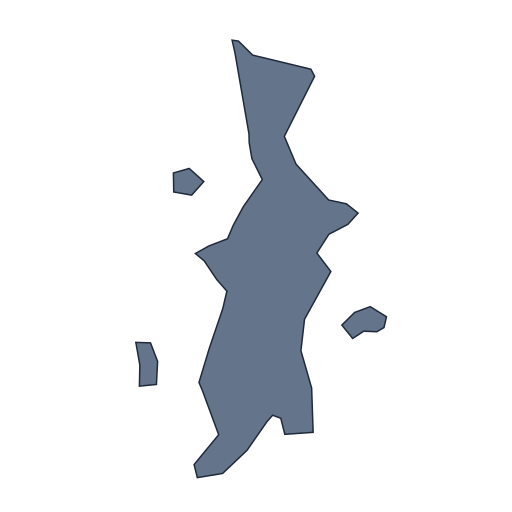 St. Thomas, United States Virgin Islands, United States of America (Mercator projection), rotated 86°
{"feature_id": "52423323B95364314409049", "entity_name": "St. Thomas", "entity_type": "district", "adm_level": 2, "iso_a3": "USA", "parent_name": "United States of America", "parent_adm1": "United States Virgin Islands", "projection": "mercator", "projection_center": [-64.939, 18.341], "detail": "fine", "context": "isolated", "style": "filled", "palette": "slate", "viewbox_px": 512, "rotation_deg": 86, "n_neighbors": 0, "source": "geoboundaries", "source_scale": "gbopen_adm2", "svg_char_len": 971}
<svg xmlns="http://www.w3.org/2000/svg" viewBox="0 0 512 512"><g transform="rotate(86 256 256)"><path d="M435.9,211.3L391.6,209.7L353.6,217.8L322.5,212.0L276.7,182.4L257.3,195.1L239.4,181.8L230.8,162.1L220.3,151.2L210.3,162.1L205.2,179.6L167.1,209.7L138.6,219.4L80.8,185.0L73.5,188.2L55.4,245.3L40.4,258.5L39.0,264.8L52.0,262.8L133.8,254.5L142.4,254.9L158.6,253.3L180.2,244.4L205.9,265.2L223.7,276.5L236.8,283.2L242.7,302.4L249.3,316.3L257.3,308.0L276.8,296.8L289.0,287.5L306.1,292.8L345.0,309.1L378.2,321.7L386.7,318.8L431.7,305.7L459.7,332.3L473.0,330.0L470.6,304.5L449.3,278.6L422.0,256.6L416.0,250.5L419.6,242.6L435.9,239.7L435.9,211.3ZM314.5,145.6L319.2,161.6L330.9,175.2L345.0,165.3L338.5,153.7L340.0,140.8L336.3,133.3L325.7,130.1L314.5,145.6ZM335.3,367.3L333.8,381.9L356.7,379.5L377.7,381.4L377.2,364.3L354.3,361.5L335.3,367.3ZM164.0,316.5L167.4,332.6L186.4,333.6L190.8,316.0L178.1,302.9L164.0,316.5Z" fill="#64748b" stroke="#1e293b" stroke-width="1.5"/></g></svg>